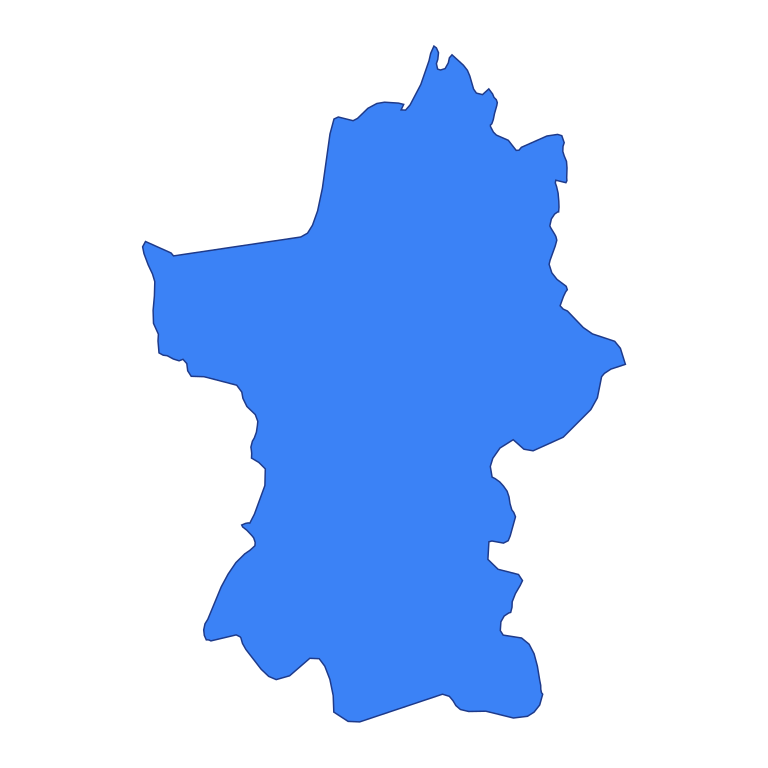 an SVG outline of Päijät-Häme
{"feature_id": "FIN-3184", "entity_name": "Päijät-Häme", "entity_type": "Province", "adm_level": 1, "iso_a3": "FIN", "parent_name": "Finland", "parent_adm1": "", "projection": "albers", "projection_center": [25.782, 61.243], "detail": "fine", "context": "isolated", "style": "filled", "palette": "blue", "viewbox_px": 768, "rotation_deg": 0, "n_neighbors": 0, "source": "natural_earth", "source_scale": "10m", "svg_char_len": 3012}
<svg xmlns="http://www.w3.org/2000/svg" viewBox="0 0 768 768"><path d="M566.5,161.4L567.0,168.0L566.7,177.8L566.9,180.7L565.9,182.7L555.8,180.2L555.3,182.9L556.6,186.6L558.1,193.2L558.8,201.3L559.0,207.2L558.6,211.9L557.7,211.9L554.6,214.1L551.4,218.9L549.8,225.9L550.9,228.1L554.7,234.3L555.9,236.6L556.8,240.2L555.2,246.1L550.1,260.2L549.1,264.3L551.8,272.8L557.0,279.4L566.2,286.3L567.3,289.7L565.7,291.8L563.4,296.6L560.1,305.8L563.2,309.1L567.4,311.0L583.2,327.5L592.4,333.9L614.7,341.3L620.4,348.3L625.4,364.3L610.9,369.1L604.4,373.4L601.6,376.7L597.4,397.8L590.8,409.6L563.2,437.2L533.1,450.8L523.9,449.2L513.2,439.7L500.0,448.0L492.8,458.3L490.3,466.5L492.1,477.1L495.1,478.6L499.7,481.9L503.5,486.1L507.1,491.2L509.0,496.9L510.0,503.6L511.8,509.8L513.8,512.5L515.5,516.8L510.2,535.9L508.2,540.7L503.5,543.1L491.9,541.0L488.9,541.8L487.9,559.4L498.1,569.3L518.5,574.5L522.5,580.6L520.2,585.4L515.4,593.6L512.2,601.8L512.0,607.3L510.7,612.4L508.7,613.0L504.2,616.0L500.9,621.8L500.3,630.6L503.2,635.1L521.6,638.0L529.1,644.2L534.1,653.8L537.4,666.2L539.8,680.8L540.7,685.3L540.8,689.4L541.5,692.7L542.7,694.2L539.7,705.0L534.1,712.1L527.5,716.3L513.4,718.0L485.8,711.2L468.7,711.5L460.4,709.5L455.9,705.6L453.0,700.7L449.3,696.3L442.5,694.2L359.7,721.9L348.1,721.4L333.8,712.1L333.2,695.6L329.9,679.4L324.8,666.2L319.2,658.7L309.8,658.3L289.6,675.8L276.2,679.6L268.7,676.4L261.2,669.3L245.9,649.5L242.5,643.5L240.9,637.9L240.1,636.8L236.2,634.9L210.9,640.9L209.1,640.0L207.2,639.8L206.3,639.9L204.3,635.4L203.7,629.9L205.0,623.8L207.8,619.3L221.2,586.9L228.1,574.1L235.9,562.6L244.8,553.8L249.8,550.4L254.9,545.8L255.2,542.5L253.7,537.9L251.8,535.5L246.8,530.2L242.7,527.0L241.7,525.0L245.5,523.4L248.2,522.9L249.8,523.1L254.4,514.2L264.9,485.5L265.3,468.9L258.8,462.4L251.5,458.1L251.7,453.4L251.4,450.5L250.9,447.1L252.4,441.2L254.3,438.0L256.4,432.2L257.4,425.5L257.8,421.4L255.3,414.6L246.9,406.5L242.9,398.3L241.8,392.1L236.7,385.2L204.0,376.7L191.2,376.3L187.7,370.8L186.8,363.6L183.0,359.3L179.1,360.8L173.3,359.0L167.2,355.7L163.2,355.2L159.0,352.9L158.0,341.0L158.4,334.2L153.5,323.4L153.1,310.3L154.4,296.0L154.8,281.7L152.5,274.0L148.2,264.9L144.0,253.7L142.6,246.8L145.5,241.5L171.1,253.0L173.5,255.9L300.7,237.0L307.5,233.2L312.5,225.2L317.6,210.9L322.4,188.2L330.0,133.9L334.0,119.0L338.3,117.0L353.1,120.7L357.5,118.4L367.9,108.3L376.8,103.5L384.5,102.2L398.5,103.1L403.7,104.4L401.1,109.9L405.6,110.1L410.1,104.9L420.8,84.5L429.0,60.8L430.7,53.3L433.9,46.1L436.4,47.9L438.5,52.7L437.8,59.4L436.4,63.6L437.6,69.1L440.5,70.0L445.1,68.6L448.3,62.9L449.4,57.8L452.0,54.8L463.4,65.2L467.4,70.3L469.8,76.0L473.6,89.1L476.4,93.1L482.5,94.6L488.8,88.9L492.6,94.0L494.0,97.4L496.3,99.7L497.3,102.6L496.8,105.5L494.5,113.6L493.3,119.6L491.8,123.8L490.4,125.0L490.5,126.6L493.4,132.1L496.4,135.1L508.3,140.3L516.2,150.4L519.0,150.2L521.4,147.3L546.9,136.0L557.6,134.4L561.8,135.7L564.2,142.7L563.0,146.4L562.8,151.4L564.2,155.9L566.5,161.4Z" fill="#3b82f6" stroke="#1e3a8a" stroke-width="1.5"/></svg>